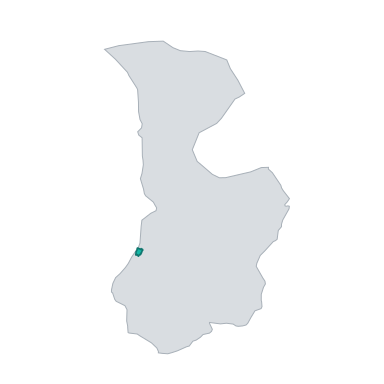 location of Gārsenes pag., Aknistes, Latvia, rotated 81°
{"feature_id": "27541924B32403888288894", "entity_name": "Gārsenes pag.", "entity_type": "district", "adm_level": 2, "iso_a3": "LVA", "parent_name": "Latvia", "parent_adm1": "Aknistes", "projection": "mercator", "projection_center": [25.771, 56.102], "detail": "fine", "context": "in_parent", "style": "filled", "palette": "teal", "viewbox_px": 384, "rotation_deg": 81, "n_neighbors": 0, "source": "geoboundaries", "source_scale": "gbopen_adm2", "svg_char_len": 3185}
<svg xmlns="http://www.w3.org/2000/svg" viewBox="0 0 384 384"><g transform="rotate(81 192 192)"><path d="M278.2,287.2L276.0,286.8L269.8,284.4L264.6,280.8L261.5,276.0L256.1,269.5L252.6,266.1L247.0,261.9L237.8,253.3L234.4,251.4L218.0,247.6L212.0,245.9L206.6,236.1L204.8,230.4L202.1,229.4L199.2,230.6L196.0,231.7L188.5,238.4L186.1,239.3L181.6,239.4L170.8,240.9L165.9,238.5L157.5,235.8L152.9,235.4L148.8,235.4L130.7,232.8L127.4,235.7L124.0,236.2L120.8,231.8L116.8,230.5L112.3,232.0L104.2,232.2L94.7,230.8L82.4,229.7L80.6,230.2L67.1,236.1L63.7,237.0L49.0,246.8L37.4,256.0L36.0,241.3L36.7,211.6L38.5,196.8L46.5,188.2L50.6,181.4L52.9,172.4L53.7,164.0L55.3,157.0L67.0,137.0L76.3,134.8L88.8,129.2L102.8,124.5L105.6,130.5L106.9,135.0L123.8,151.4L128.1,156.9L134.6,175.7L150.3,185.1L162.6,182.1L167.9,177.5L177.8,169.1L182.2,162.8L183.1,156.8L181.3,130.9L178.7,119.7L179.6,112.6L181.3,113.0L185.5,109.6L199.3,103.2L202.0,102.9L205.1,101.6L213.8,96.8L216.6,99.4L218.9,102.3L220.2,102.3L220.8,101.3L220.7,99.4L221.3,98.1L223.8,98.8L233.8,106.7L237.7,108.6L240.3,109.1L243.5,112.8L252.0,115.3L253.1,117.2L253.7,119.5L261.7,129.5L265.3,134.5L272.5,139.1L275.5,140.2L288.0,135.5L291.5,133.9L294.3,133.9L297.3,136.3L303.9,139.6L310.0,140.6L311.1,140.4L316.2,140.8L318.0,142.0L319.2,148.4L325.0,153.3L330.4,157.5L331.8,159.4L332.2,163.0L331.9,167.3L331.2,169.5L328.9,172.0L327.0,178.5L326.7,184.6L323.6,195.1L324.3,195.3L330.8,193.4L332.7,194.5L334.1,196.8L334.5,203.4L336.7,206.3L338.9,211.0L339.5,214.5L343.7,218.8L344.0,221.6L346.6,231.3L347.5,236.9L348.0,241.2L346.7,246.7L345.6,250.4L344.3,250.1L340.6,251.1L334.7,255.6L325.9,266.0L323.7,268.3L321.4,276.3L320.8,277.1L315.7,276.7L314.4,276.5L309.2,276.7L298.1,274.6L293.8,276.0L288.1,284.0L285.9,285.1L279.3,286.2L278.2,287.2Z" fill="#d9dde1" stroke="#a8b0b8" stroke-width="1"/><path d="M239.3,253.6L239.2,254.0L238.8,254.2L238.8,254.3L238.9,254.5L238.9,254.8L239.3,255.0L239.5,255.1L239.8,255.1L240.0,255.1L240.5,255.4L240.8,255.5L241.0,255.5L241.6,256.0L241.9,256.3L242.0,256.5L242.7,256.7L243.0,256.8L243.8,256.9L244.2,257.1L244.6,257.2L244.6,257.3L244.8,257.4L245.0,257.4L245.4,257.3L245.2,256.6L245.3,256.6L245.7,256.4L245.6,256.0L245.5,255.7L246.0,255.5L246.3,255.4L246.7,255.3L247.0,255.1L247.0,254.9L246.9,254.9L246.7,254.7L246.4,254.6L246.2,254.6L246.1,254.3L246.3,254.2L246.1,253.9L245.9,253.7L245.7,253.6L245.5,253.4L245.5,253.2L245.5,252.9L245.4,252.8L245.4,252.7L245.2,252.5L245.2,252.4L245.2,252.2L245.3,252.2L245.2,252.1L245.0,251.9L244.9,251.9L244.9,252.0L244.5,252.1L244.1,251.8L244.1,251.5L243.9,251.5L243.8,251.4L243.7,251.2L243.4,250.9L243.3,251.0L243.2,251.0L242.9,250.9L242.7,250.8L242.7,250.7L242.4,250.6L242.2,250.5L242.1,250.4L242.0,250.2L242.0,249.9L241.9,249.8L241.8,249.7L241.7,249.7L241.7,249.8L241.5,249.7L241.3,249.7L241.3,249.8L241.2,250.0L241.1,249.9L240.9,249.9L240.7,250.1L240.5,250.3L240.6,250.5L240.5,250.8L240.4,250.8L240.2,250.9L240.1,251.0L240.5,251.3L240.7,251.6L240.7,251.8L240.4,251.9L240.3,252.0L240.2,252.1L240.3,252.2L240.2,252.4L240.1,252.6L239.9,252.7L239.9,252.8L239.8,253.0L239.7,253.1L239.7,253.3L239.6,253.6L239.4,253.6L239.3,253.6Z" fill="#14b8a6" stroke="#0f766e" stroke-width="1.5"/></g></svg>